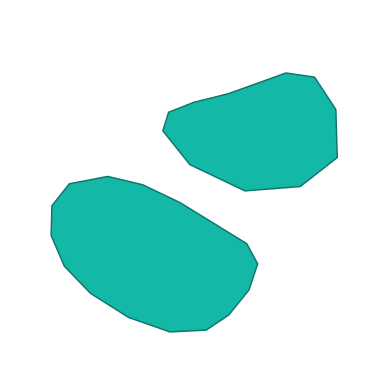 outline of Likoma, rotated 104°
{"feature_id": "MWI-5509", "entity_name": "Likoma", "entity_type": "District", "adm_level": 1, "iso_a3": "MWI", "parent_name": "Malawi", "parent_adm1": "", "projection": "equal_earth", "projection_center": [34.654, -12.048], "detail": "fine", "context": "isolated", "style": "filled", "palette": "teal", "viewbox_px": 384, "rotation_deg": 104, "n_neighbors": 0, "source": "natural_earth", "source_scale": "10m", "svg_char_len": 509}
<svg xmlns="http://www.w3.org/2000/svg" viewBox="0 0 384 384"><g transform="rotate(104 192 192)"><path d="M245.8,110.9L273.3,113.0L302.3,126.5L322.6,144.9L333.1,179.6L329.1,223.1L315.0,265.8L294.9,297.9L268.2,318.2L239.2,324.6L213.7,313.0L197.3,277.6L196.9,241.5L205.2,201.1L228.9,126.4L245.8,110.9ZM76.3,73.3L77.5,72.3L123.4,59.4L160.5,88.3L178.1,140.9L166.0,200.6L139.7,235.1L120.3,234.0L104.3,211.6L88.0,180.8L53.8,129.7L50.9,100.9L76.3,73.3Z" fill="#14b8a6" stroke="#0f766e" stroke-width="1.5"/></g></svg>